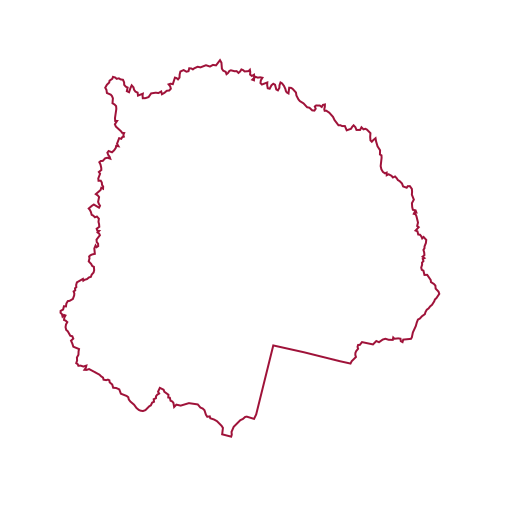 outline of Padre Bernardo, Goiás, Brazil, rotated 14°
{"feature_id": "56859067B81669958335053", "entity_name": "Padre Bernardo", "entity_type": "district", "adm_level": 2, "iso_a3": "BRA", "parent_name": "Brazil", "parent_adm1": "Goiás", "projection": "natural_earth1", "projection_center": [-48.332, -15.373], "detail": "fine", "context": "isolated", "style": "outline", "palette": "rose", "viewbox_px": 512, "rotation_deg": 14, "n_neighbors": 0, "source": "geoboundaries", "source_scale": "gbopen_adm2", "svg_char_len": 5924}
<svg xmlns="http://www.w3.org/2000/svg" viewBox="0 0 512 512"><g transform="rotate(14 256 256)"><path d="M275.6,437.3L275.7,435.2L274.8,432.6L275.7,427.1L280.5,419.1L282.7,417.3L284.4,414.8L285.9,414.1L293.5,414.5L294.5,409.7L294.4,338.6L325.8,337.8L362.1,337.8L373.7,337.5L374.3,334.9L377.4,329.8L376.3,328.0L375.9,326.0L376.2,324.1L377.5,321.3L376.5,319.6L376.6,317.6L378.2,317.2L379.7,313.9L390.9,313.5L393.3,309.4L396.2,309.9L399.2,306.4L401.6,305.0L404.9,305.2L409.0,304.3L408.9,301.9L410.4,302.8L414.0,301.5L416.2,301.3L417.1,303.6L419.0,304.1L419.1,301.5L426.4,298.9L426.9,297.2L426.7,292.2L428.0,285.3L428.1,281.5L428.5,278.5L430.1,277.1L431.6,274.3L433.9,271.6L434.0,269.4L434.7,266.8L436.1,265.2L437.2,262.7L438.6,260.8L439.9,256.9L440.1,254.9L441.2,253.3L443.0,248.4L441.7,246.4L438.2,244.2L437.2,241.3L435.4,240.1L432.1,239.0L431.3,237.0L426.7,232.9L424.0,233.6L422.0,229.7L420.2,229.3L419.1,227.3L419.3,224.3L418.7,222.3L419.7,220.4L418.5,218.5L419.9,217.3L417.8,216.4L419.2,214.4L418.3,211.8L417.0,209.6L417.6,207.7L417.2,205.9L417.7,202.3L417.3,199.2L414.0,197.0L413.0,198.7L411.7,197.0L410.0,195.7L408.2,195.9L406.7,193.0L404.7,192.7L406.9,188.7L405.1,187.9L405.1,184.4L402.0,178.5L400.7,176.9L398.9,176.9L399.3,175.1L401.0,174.9L399.8,173.1L397.0,173.2L395.7,170.7L394.5,167.0L395.5,163.1L392.4,158.8L391.9,155.9L391.0,153.2L388.4,151.0L386.3,151.6L385.7,153.3L381.9,152.9L380.1,150.3L377.3,148.6L375.3,148.0L373.7,146.5L371.7,145.2L369.8,146.7L368.1,145.4L364.9,144.6L363.3,146.0L362.6,143.5L361.1,144.6L358.8,143.7L356.7,141.6L355.2,138.6L354.1,130.3L353.4,128.0L351.7,127.5L350.8,123.4L347.4,120.2L344.7,115.6L343.5,112.8L341.8,115.1L340.7,117.1L339.1,116.1L338.0,112.9L337.3,109.1L333.0,106.5L331.3,106.1L329.7,107.1L327.2,105.6L326.5,108.5L323.0,109.4L321.3,107.0L319.1,105.6L318.1,107.4L317.4,109.6L313.6,112.1L310.8,108.4L308.1,109.1L306.2,108.7L304.4,109.2L299.3,105.1L297.1,102.4L292.4,99.2L289.0,98.0L287.5,98.5L286.7,97.0L286.7,94.7L286.2,92.3L284.4,93.2L283.7,95.5L281.5,94.6L277.9,95.4L276.9,96.7L278.3,98.7L277.5,100.8L275.3,101.1L272.0,99.2L269.6,99.3L265.2,96.4L261.1,95.1L259.3,93.8L256.4,90.5L255.2,87.7L251.0,84.9L249.4,84.4L247.5,84.7L248.2,90.4L246.2,89.8L245.0,88.6L244.2,87.0L242.0,84.2L239.5,82.2L237.8,81.7L237.5,84.7L238.0,87.2L237.2,90.0L235.4,89.5L233.0,85.2L231.1,84.7L229.7,86.6L228.8,90.4L226.8,90.4L225.5,87.5L225.0,84.9L220.2,88.2L218.5,87.1L218.2,84.4L219.1,81.5L216.8,81.6L214.6,82.5L212.4,82.3L211.1,83.6L210.2,80.6L208.4,82.3L206.4,81.4L205.9,78.8L205.0,76.8L204.1,78.4L200.3,79.7L198.6,78.8L196.7,78.5L196.0,80.7L194.7,82.6L192.5,81.3L190.6,81.9L186.7,81.9L185.4,82.9L184.5,85.3L183.4,86.7L182.0,84.6L179.3,84.1L177.6,82.5L175.7,76.8L173.7,74.7L171.1,80.7L168.0,81.0L165.5,83.3L161.3,83.0L156.5,86.4L153.6,86.5L150.7,88.8L149.6,90.2L148.0,89.7L145.8,90.0L145.8,93.0L143.9,94.0L140.8,93.1L138.0,95.3L138.0,98.3L138.6,101.4L137.6,103.5L135.9,102.6L134.2,102.5L133.7,109.4L131.4,109.5L129.7,110.6L131.7,112.1L132.9,114.3L131.8,116.4L129.4,117.3L127.7,119.8L125.6,121.8L124.2,119.3L121.9,121.5L119.2,121.8L114.9,123.6L113.3,127.8L110.5,129.6L108.0,130.3L107.1,127.8L106.9,125.9L102.7,128.9L101.6,126.1L99.3,125.7L97.5,124.2L96.3,122.0L94.1,120.5L93.5,123.7L93.2,127.8L90.8,127.3L90.7,123.6L88.7,123.2L86.7,121.8L86.0,119.4L84.3,117.2L81.8,117.4L80.0,116.8L77.9,117.8L76.3,116.9L73.9,116.8L73.7,118.8L71.5,121.3L71.6,123.2L69.9,125.9L69.0,129.2L70.7,131.0L71.9,133.9L76.1,134.6L77.5,135.6L79.0,137.6L79.8,142.5L82.1,143.2L84.0,144.4L84.9,147.1L85.8,156.3L86.7,159.0L88.5,158.6L87.2,162.3L88.7,164.3L94.8,167.6L96.4,168.9L98.3,168.6L98.0,170.7L98.9,172.2L97.5,173.0L96.9,174.9L94.7,174.8L94.0,180.7L96.0,182.8L93.7,183.0L93.8,185.0L92.8,187.7L91.2,190.2L87.6,189.8L86.8,191.7L88.2,193.7L89.9,195.1L91.0,196.8L88.0,196.6L86.0,197.7L84.3,200.8L82.4,201.4L81.3,202.9L83.0,204.9L84.6,208.1L85.1,210.0L83.2,212.5L84.8,213.9L84.2,218.9L85.0,221.1L87.1,220.5L88.6,222.0L89.4,224.2L90.9,225.6L91.3,227.7L89.4,227.2L89.2,229.6L85.6,234.7L88.0,235.6L89.5,236.8L89.7,241.7L90.9,243.4L92.5,245.0L92.0,247.1L86.2,245.3L84.6,247.0L82.2,250.4L83.7,251.5L85.2,253.3L86.6,255.8L88.4,256.2L90.3,257.4L92.1,256.2L94.5,257.8L94.9,261.0L96.0,263.0L96.9,265.6L94.8,268.1L95.9,269.8L97.7,269.6L96.6,271.5L98.4,272.2L99.5,273.6L97.3,278.7L98.1,281.0L99.8,282.3L100.5,284.6L99.2,286.0L97.8,284.6L97.3,287.8L99.1,292.9L96.7,294.1L95.2,295.3L94.2,296.8L95.0,298.5L95.0,301.7L98.0,303.6L99.5,305.3L101.3,305.7L102.4,308.9L102.4,311.3L101.1,313.8L100.8,316.2L99.1,317.2L97.6,319.3L95.5,320.5L94.4,321.7L93.6,320.1L88.6,324.9L88.5,327.7L89.2,329.7L88.2,331.1L88.9,333.1L87.6,334.5L88.8,336.3L89.1,338.3L88.7,342.0L86.0,344.6L84.3,345.3L83.5,348.0L83.8,350.9L81.8,351.2L81.8,354.6L79.7,356.5L80.1,358.4L81.8,359.4L82.9,361.5L83.9,359.6L85.5,359.8L84.9,362.2L85.2,364.5L87.0,364.8L88.9,365.8L88.2,368.4L88.4,371.1L89.7,373.6L91.6,374.6L95.1,378.3L97.2,378.3L98.7,380.4L97.0,382.9L98.9,385.3L100.7,388.2L106.8,389.1L106.9,391.4L107.6,394.8L106.8,397.8L107.7,400.7L107.5,403.5L109.2,404.1L110.2,405.5L112.3,404.8L115.3,405.0L117.9,403.4L117.9,405.8L117.1,407.9L119.2,407.5L121.4,406.1L132.8,409.0L134.8,410.2L137.0,411.0L138.0,412.9L140.7,412.7L142.2,411.8L143.8,412.1L144.6,414.0L147.6,415.5L149.3,418.4L152.3,417.9L155.6,418.5L158.2,422.3L164.3,423.1L166.2,423.9L167.3,426.0L169.3,427.6L173.7,429.8L176.8,432.4L179.5,433.7L181.3,434.0L183.8,433.8L186.0,432.3L188.8,427.6L190.1,426.4L190.7,423.4L192.3,422.1L191.4,419.7L193.3,418.2L192.9,416.3L193.7,414.5L195.3,412.9L193.8,411.4L194.6,407.2L198.7,408.1L199.9,409.9L204.6,411.8L205.1,414.5L206.7,414.4L208.1,417.1L210.0,417.4L211.4,418.5L213.1,422.3L214.7,419.5L219.1,419.4L226.5,415.0L235.4,414.1L238.7,416.5L241.2,416.9L243.3,418.1L245.8,422.1L247.6,423.8L249.9,422.8L250.9,424.5L254.8,424.8L258.1,425.7L263.7,429.1L265.5,430.8L266.3,437.2L275.6,437.3ZM211.1,83.6L211.5,86.0L209.8,85.8L211.1,83.6Z" fill="none" stroke="#9f1239" stroke-width="2"/></g></svg>